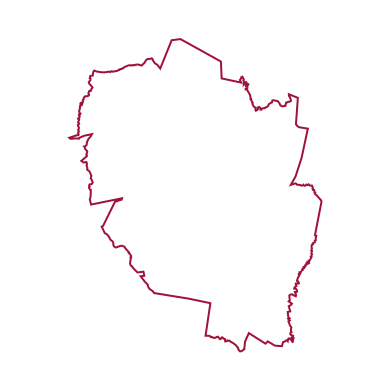 the district of Ignacio Zaragoza, Chihuahua, Mexico, rotated 190°
{"feature_id": "50627088B16246344889030", "entity_name": "Ignacio Zaragoza", "entity_type": "district", "adm_level": 2, "iso_a3": "MEX", "parent_name": "Mexico", "parent_adm1": "Chihuahua", "projection": "robinson", "projection_center": [-107.777, 29.732], "detail": "fine", "context": "isolated", "style": "outline", "palette": "rose", "viewbox_px": 384, "rotation_deg": 190, "n_neighbors": 0, "source": "geoboundaries", "source_scale": "gbopen_adm2", "svg_char_len": 5910}
<svg xmlns="http://www.w3.org/2000/svg" viewBox="0 0 384 384"><g transform="rotate(190 192 192)"><path d="M63.4,170.7L62.8,204.7L63.3,206.1L68.9,210.6L70.4,211.3L70.6,212.8L71.3,212.8L72.0,215.2L73.4,215.2L73.5,216.3L74.0,216.6L73.9,217.6L75.0,219.2L76.7,218.8L77.5,219.0L78.3,219.8L79.4,218.9L80.6,219.2L80.9,218.5L81.8,217.8L82.6,217.7L83.5,218.4L83.6,218.1L85.3,217.2L86.5,217.7L89.7,217.4L90.4,218.0L91.5,218.5L95.9,216.2L92.7,225.3L90.0,244.9L88.9,274.5L97.9,274.4L99.6,275.2L101.4,276.8L104.1,303.1L113.6,305.1L113.4,304.1L112.7,302.8L112.3,302.8L112.2,302.3L111.5,301.5L110.4,299.3L110.4,298.9L111.6,297.8L112.9,297.6L113.5,296.9L114.8,296.5L114.7,295.7L115.1,294.3L114.9,293.0L118.1,292.0L118.8,292.1L119.4,292.6L120.1,292.7L121.2,294.5L123.4,296.4L128.0,296.5L128.8,296.0L128.8,294.1L130.0,293.4L131.5,291.9L132.1,289.9L132.9,288.8L133.5,288.6L135.0,287.2L135.3,287.4L136.8,286.5L138.0,286.2L138.0,285.1L138.9,285.0L139.1,286.4L140.6,287.4L141.9,286.6L141.4,285.4L142.2,283.8L143.3,283.2L143.9,284.2L144.0,286.0L145.9,286.8L147.8,289.2L147.6,290.3L148.3,290.7L149.3,292.5L150.3,293.4L150.0,293.6L150.0,294.0L150.4,294.0L151.7,297.7L155.6,302.3L155.6,302.7L156.4,302.9L157.0,302.5L157.1,303.0L155.7,303.3L155.5,304.1L156.3,306.6L155.5,306.8L155.2,307.9L156.0,308.2L156.5,307.0L157.4,305.9L158.4,308.0L157.3,310.3L158.3,309.2L158.8,309.2L158.7,308.4L159.1,308.3L159.7,307.1L160.0,310.0L160.5,310.2L160.7,310.7L160.5,311.8L162.2,314.0L162.5,313.3L163.3,313.6L163.4,312.1L164.3,310.7L162.6,308.3L182.5,309.0L186.2,325.5L230.0,340.6L238.4,337.9L244.7,308.1L248.3,311.3L250.9,312.3L253.8,315.3L253.8,316.0L254.7,316.6L255.1,316.6L257.0,315.5L258.7,315.3L260.0,314.2L261.5,310.4L262.4,309.6L263.2,308.1L263.6,307.8L267.5,308.2L270.0,307.4L270.3,307.0L271.4,306.9L271.7,306.5L272.7,306.6L273.9,305.9L274.4,306.2L276.4,305.7L279.5,303.8L281.2,302.4L281.2,301.9L281.9,301.7L282.7,300.9L283.6,300.8L283.6,300.5L284.4,300.2L284.7,299.6L285.4,299.6L286.7,298.3L291.1,296.7L292.1,297.0L293.3,295.9L294.3,296.2L299.0,294.6L302.0,294.2L306.9,294.1L309.4,294.6L310.1,293.1L310.0,289.4L312.3,288.7L312.5,286.3L311.6,286.0L311.5,284.3L312.5,282.8L312.7,281.8L311.3,280.2L310.4,279.7L308.1,277.6L309.0,275.7L309.1,274.1L309.9,273.7L310.4,273.9L310.8,273.5L311.2,271.2L311.0,270.7L310.4,270.3L310.3,269.2L311.3,268.4L314.3,267.4L314.4,267.1L314.2,267.0L315.0,265.7L314.8,264.5L315.5,263.6L315.0,262.0L315.9,261.1L315.3,260.3L315.3,259.9L315.6,259.4L316.7,259.4L317.2,259.8L317.3,259.3L316.7,258.3L316.0,258.5L315.8,258.3L317.3,257.0L316.9,255.2L317.2,251.9L316.5,250.5L315.4,249.8L315.6,249.4L316.6,249.1L316.8,248.4L316.7,247.8L315.9,247.6L315.7,246.8L316.0,246.4L315.9,245.4L317.0,244.6L316.6,244.0L315.9,244.0L315.6,243.6L316.3,240.9L315.0,239.8L315.2,239.1L315.9,238.5L315.9,237.3L314.9,236.5L314.5,235.4L314.5,234.1L314.9,233.4L313.9,231.9L314.6,230.4L313.6,229.1L313.8,228.2L315.3,227.9L322.3,224.1L321.0,223.3L314.7,224.8L312.6,224.9L312.3,225.8L307.9,228.7L300.6,231.6L301.6,228.7L303.0,226.7L303.8,224.1L304.1,222.6L303.9,220.2L305.0,218.5L306.0,218.1L305.4,217.7L305.2,216.7L304.7,215.9L302.7,214.3L302.1,213.5L302.2,212.4L302.6,210.9L302.5,210.3L301.8,209.8L301.8,209.0L306.4,203.4L303.7,202.2L301.4,203.2L301.1,203.1L300.2,201.1L300.5,199.8L299.2,197.5L299.2,196.1L298.8,195.5L297.3,195.0L296.3,194.2L293.9,190.4L294.1,187.9L292.9,186.5L291.4,184.2L291.9,182.8L292.9,181.9L293.9,181.9L294.3,181.3L294.4,179.8L293.7,179.3L294.2,178.3L292.4,176.1L292.1,176.3L291.7,174.8L291.1,169.6L291.3,166.8L289.2,162.1L259.8,173.7L260.0,172.3L266.2,168.9L273.5,143.8L273.9,142.9L274.9,142.2L270.8,136.4L268.3,135.5L266.2,133.7L264.0,130.8L261.5,129.5L260.7,128.1L260.2,126.2L259.5,125.0L258.2,124.3L257.4,124.1L253.1,126.5L251.5,126.9L248.9,126.3L248.0,125.1L244.7,122.5L243.9,121.3L243.5,121.4L243.4,120.7L242.6,120.4L240.7,118.3L240.9,117.0L241.1,116.9L240.5,116.3L240.8,115.3L240.6,110.7L239.9,109.5L239.1,108.7L238.0,108.4L237.6,107.6L235.3,105.8L231.7,103.3L226.0,105.1L224.4,101.2L227.9,100.1L222.8,95.4L219.4,93.0L219.2,91.8L217.1,89.2L213.7,87.7L211.7,85.9L176.6,86.4L154.6,85.7L153.7,52.8L149.7,53.4L148.1,52.3L147.3,52.7L145.3,52.1L143.6,52.5L142.7,53.4L141.4,54.0L138.8,51.9L137.7,52.9L137.4,54.0L136.8,54.1L135.1,53.0L134.0,52.9L133.3,50.6L131.8,51.2L131.5,52.0L130.4,51.8L129.1,52.1L128.2,51.3L125.1,50.3L121.9,48.6L120.8,47.4L119.5,46.5L119.3,45.4L117.2,43.4L115.9,43.7L114.3,45.0L113.8,46.1L113.2,46.3L113.8,53.8L111.5,62.9L93.3,55.4L91.5,58.0L83.6,55.1L77.2,55.7L76.9,56.1L76.6,56.1L76.3,60.1L74.6,60.8L73.6,62.2L73.1,62.4L72.7,62.5L71.8,61.7L71.8,63.9L71.1,64.7L69.9,64.5L69.4,63.8L68.0,63.9L68.2,63.4L67.4,62.1L67.1,61.8L66.6,62.1L66.9,63.3L66.6,65.7L67.5,65.7L67.7,65.1L68.1,64.9L68.7,65.5L68.7,65.9L67.6,67.0L67.5,67.9L70.1,68.6L70.5,69.0L70.6,70.2L69.6,71.2L70.4,72.2L70.7,73.8L70.6,75.9L72.4,77.7L74.6,81.4L73.4,82.5L75.2,83.8L74.0,84.6L75.5,85.6L76.9,90.5L74.5,91.5L76.9,96.3L75.0,97.8L74.2,99.4L77.8,101.1L76.9,102.3L78.2,107.0L77.4,108.0L75.9,108.6L71.7,107.3L71.5,107.9L72.1,109.5L73.3,111.4L71.4,111.9L71.2,112.6L72.2,114.3L73.4,114.7L74.5,114.6L74.5,115.8L72.8,117.5L73.9,119.2L73.9,119.8L71.1,120.3L70.8,120.7L71.3,121.6L72.3,122.5L72.9,122.4L73.2,122.9L72.8,126.1L72.3,126.8L72.3,127.8L71.9,128.5L72.4,129.2L72.3,130.1L72.5,130.3L71.8,130.9L71.2,130.6L71.1,131.2L71.6,131.7L71.0,131.8L70.8,132.3L70.1,134.2L69.4,134.4L69.4,134.8L69.8,134.8L69.8,135.9L68.4,136.5L68.4,137.1L68.8,137.6L68.2,137.8L67.9,139.0L67.4,138.7L67.0,140.5L66.5,140.7L66.8,141.3L65.9,141.3L65.2,141.7L66.2,142.0L65.1,142.8L65.8,143.3L64.7,143.8L65.0,144.5L64.5,144.5L64.5,145.1L63.8,146.0L63.3,148.0L63.7,148.7L63.0,149.0L63.4,150.8L63.0,151.4L63.7,152.1L63.6,154.5L64.3,154.9L63.9,155.4L64.3,156.8L64.1,157.4L64.8,158.8L64.9,160.0L64.6,160.5L64.7,160.9L64.3,161.5L63.9,161.6L64.1,162.0L63.8,162.9L62.3,163.7L62.6,165.2L61.7,166.2L62.2,167.8L62.0,170.5L63.4,170.7Z" fill="none" stroke="#9f1239" stroke-width="2"/></g></svg>